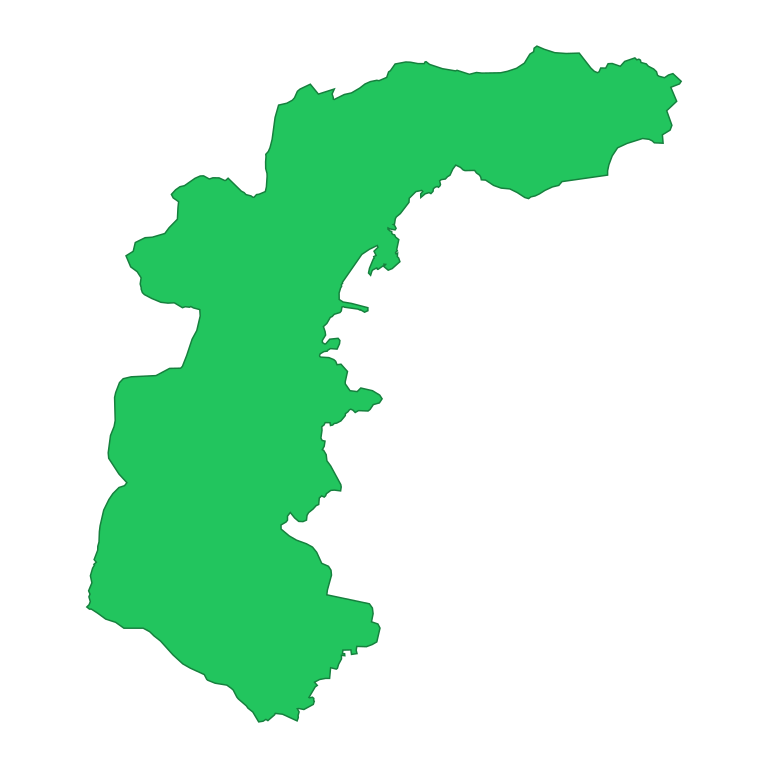 outline of Avramesti, Harghita, Romania
{"feature_id": "2599482B64108004805491", "entity_name": "Avramesti", "entity_type": "district", "adm_level": 2, "iso_a3": "ROU", "parent_name": "Romania", "parent_adm1": "Harghita", "projection": "albers", "projection_center": [25.039, 46.361], "detail": "fine", "context": "isolated", "style": "filled", "palette": "green", "viewbox_px": 768, "rotation_deg": 0, "n_neighbors": 0, "source": "geoboundaries", "source_scale": "gbopen_adm2", "svg_char_len": 6015}
<svg xmlns="http://www.w3.org/2000/svg" viewBox="0 0 768 768"><path d="M357.0,653.6L356.2,650.2L356.8,646.4L366.4,646.7L372.3,644.5L376.8,641.9L380.0,628.1L377.9,624.0L371.5,621.8L373.1,613.7L372.4,608.0L369.4,603.8L326.8,594.8L327.4,590.0L331.5,575.1L331.0,570.2L328.5,566.3L321.7,563.3L316.7,552.3L312.5,547.1L306.5,543.8L296.4,540.1L289.2,535.9L281.1,529.1L281.0,525.0L286.2,521.9L287.5,520.1L287.5,516.1L290.3,512.5L294.6,517.9L298.7,521.4L303.0,521.6L306.5,520.1L307.0,515.4L308.6,512.6L313.0,509.1L316.2,505.6L318.7,504.5L319.3,498.0L321.6,495.9L324.2,497.1L325.6,495.8L326.4,493.7L330.8,490.4L334.3,490.1L340.6,490.9L341.2,487.0L340.8,484.6L330.6,465.8L326.9,460.8L326.2,454.7L323.7,450.4L322.3,449.7L324.2,446.3L325.0,441.1L322.2,440.5L320.9,438.1L322.0,430.3L321.8,426.7L324.0,425.0L325.2,422.6L330.0,422.7L330.5,425.5L332.7,425.0L334.2,423.5L336.7,423.1L340.9,420.9L345.3,415.6L345.4,413.7L348.0,411.7L349.4,409.8L350.8,409.2L353.0,410.2L355.2,412.5L358.5,410.6L368.1,411.0L370.1,409.4L373.3,404.6L379.4,402.9L382.1,398.8L379.7,395.1L372.5,390.7L360.8,388.0L357.2,391.6L350.0,390.7L345.3,383.9L345.2,381.9L347.5,371.5L341.0,364.2L337.0,364.7L335.7,361.3L333.8,359.6L328.9,357.6L320.6,357.1L319.7,356.4L319.6,355.1L320.2,353.8L323.9,351.6L327.3,351.1L327.7,350.3L330.4,348.6L337.1,349.1L339.5,343.8L339.9,340.5L338.1,338.3L329.7,339.2L325.9,343.7L324.9,344.1L322.4,342.5L322.4,340.3L325.6,335.1L325.1,331.6L323.4,326.6L326.8,323.5L330.3,317.4L332.2,316.5L334.2,314.3L340.0,312.5L341.3,310.9L341.9,307.1L343.4,306.6L344.5,307.2L358.0,309.1L360.1,310.1L360.4,309.7L364.6,312.2L367.9,310.7L367.9,307.7L351.4,303.4L343.1,302.0L339.2,299.5L339.1,293.0L340.7,287.7L341.6,286.5L341.4,284.5L342.6,283.3L342.4,282.3L361.8,254.4L369.4,249.3L377.2,245.5L378.0,247.3L374.0,251.2L376.1,255.5L373.7,256.6L374.2,258.2L373.3,259.0L369.5,268.2L368.5,273.0L370.6,275.3L371.9,271.2L372.8,269.9L376.5,268.0L377.2,268.3L377.4,269.3L378.1,269.3L383.9,265.3L383.9,264.2L385.6,264.4L383.8,266.5L388.2,270.2L392.2,268.6L399.9,261.7L398.7,258.1L397.3,256.6L397.6,253.1L396.1,253.9L395.5,252.9L396.3,251.5L397.4,250.9L396.7,249.5L398.8,239.6L395.6,237.1L394.6,234.9L392.8,234.4L391.8,233.4L391.7,231.5L389.9,230.9L387.9,229.1L388.0,227.9L389.9,228.9L395.1,229.9L396.1,228.3L394.3,225.0L393.4,224.5L394.5,224.1L395.3,218.8L396.3,216.9L400.4,213.5L409.0,202.3L409.2,198.3L415.9,191.6L421.7,190.4L422.8,191.5L420.7,193.8L420.8,197.5L425.2,193.8L429.1,192.6L430.9,193.6L433.0,191.4L433.4,188.7L435.2,187.2L437.2,186.5L438.5,187.3L440.0,185.8L440.5,184.5L439.6,180.8L441.4,179.6L445.4,179.0L447.5,176.7L450.0,175.2L452.8,169.1L455.8,165.1L460.5,167.4L463.1,169.9L465.0,170.6L474.6,170.4L476.4,172.9L479.6,175.2L480.8,177.3L481.3,179.8L485.6,180.1L493.6,185.4L501.1,188.1L509.8,188.9L517.3,192.6L524.8,197.5L528.6,198.6L530.8,196.9L535.2,195.9L539.4,193.9L545.1,190.3L552.5,186.9L558.8,185.4L562.0,181.6L607.6,175.1L607.6,170.8L608.9,164.7L612.2,155.9L617.6,147.8L627.1,143.4L642.6,138.5L649.1,139.3L652.3,140.9L654.3,142.8L663.1,143.2L662.4,134.8L670.1,130.1L671.9,125.3L666.7,110.7L676.7,101.3L670.8,87.3L679.5,83.9L681.2,81.3L672.9,73.6L668.5,75.0L664.5,77.7L658.9,76.2L657.5,75.2L656.5,71.7L653.7,69.0L648.3,66.2L646.3,63.9L641.0,62.5L640.4,60.1L638.9,59.2L636.8,59.8L634.9,57.9L624.7,61.4L620.3,66.3L612.2,63.5L608.1,63.7L605.7,68.1L600.7,68.0L599.1,71.8L597.5,72.7L594.3,71.3L590.9,68.1L579.2,53.1L566.2,53.5L554.8,52.7L544.3,49.3L536.9,46.1L534.1,48.2L533.7,51.7L529.9,54.1L524.4,63.1L516.5,68.3L507.5,71.3L500.5,72.8L481.9,73.1L476.5,72.5L469.4,74.3L457.0,70.3L455.6,70.9L442.5,68.7L429.6,64.4L426.1,61.7L425.1,61.9L424.2,63.6L417.9,63.6L410.5,62.2L405.7,62.0L395.1,64.0L390.4,70.7L388.6,71.9L386.7,77.4L379.0,80.7L376.8,80.3L370.4,81.6L365.0,84.0L359.7,88.1L351.5,92.9L344.3,94.5L334.2,99.5L333.3,99.2L333.3,97.6L332.1,94.0L334.3,89.0L318.4,94.1L310.3,84.2L300.0,89.1L297.4,91.3L294.5,97.8L292.4,100.2L286.9,103.2L278.6,105.1L275.1,117.4L272.1,139.5L270.0,147.7L268.3,151.5L265.8,154.3L266.0,156.7L265.6,161.8L265.7,168.5L267.0,173.4L267.1,176.4L266.4,186.9L265.3,191.6L259.1,194.2L256.5,194.6L254.0,197.3L252.8,197.2L251.0,195.9L246.0,194.6L244.1,192.6L241.3,191.1L228.1,178.2L225.7,180.4L224.7,180.5L219.1,177.9L212.9,177.8L209.3,179.0L203.7,175.9L202.1,175.9L200.2,176.0L195.0,178.3L184.4,185.7L180.0,186.7L178.3,187.9L175.6,189.8L171.4,194.4L173.2,197.9L178.6,201.7L178.0,207.4L177.4,219.2L169.1,227.7L164.8,233.5L152.3,237.2L145.1,237.7L135.3,242.5L133.2,251.3L126.0,255.8L130.7,266.9L137.2,271.7L141.1,277.8L140.2,284.0L141.3,288.1L141.1,288.9L142.4,292.6L144.4,294.6L151.8,298.5L160.9,302.3L167.9,303.1L174.3,302.8L182.5,307.7L185.2,306.7L189.6,307.2L190.8,306.5L193.4,307.9L199.8,309.6L200.2,316.0L196.8,330.5L192.1,339.2L186.7,355.5L182.4,366.4L180.6,368.2L169.6,368.4L156.0,375.6L131.2,376.8L123.2,378.7L119.5,382.6L115.7,392.5L114.6,397.5L115.2,420.6L114.1,426.5L110.5,435.5L108.2,452.8L108.7,458.3L119.0,474.1L126.9,482.7L124.5,485.7L119.0,487.5L112.9,493.6L108.9,499.5L103.7,510.1L100.1,525.8L99.4,531.5L99.0,542.0L97.8,546.3L97.7,550.2L94.1,559.6L96.3,562.2L93.9,564.3L94.5,565.0L92.6,568.2L90.4,575.8L91.9,582.8L88.6,590.8L90.0,594.1L88.9,596.8L90.3,601.6L89.1,604.7L86.8,607.0L89.4,609.1L91.3,609.1L97.4,613.0L105.7,619.1L115.6,622.3L123.9,628.2L143.2,628.2L149.7,631.7L154.1,636.0L160.5,641.0L173.0,654.9L182.8,663.9L190.4,668.2L204.3,674.6L206.7,679.3L207.7,680.2L215.1,683.2L226.8,685.1L231.0,688.1L233.2,690.0L236.9,697.2L238.4,699.0L246.4,705.9L247.9,708.1L252.8,712.0L258.7,721.9L263.1,721.2L265.9,719.4L267.9,720.6L274.6,714.8L275.3,713.4L282.5,714.2L297.1,720.9L298.3,717.6L298.1,715.4L299.1,711.9L297.3,708.7L298.7,708.5L303.9,709.5L313.3,704.4L314.3,701.2L313.7,700.7L313.8,698.4L312.4,697.2L309.7,697.8L308.9,697.5L315.2,686.9L317.3,685.4L314.5,682.2L319.6,679.5L325.5,678.4L329.6,678.4L330.6,667.7L336.3,669.1L337.4,668.3L338.6,664.3L341.5,658.9L341.4,655.3L344.8,655.7L344.6,653.7L342.5,653.6L342.9,650.1L350.9,649.9L351.5,654.4L357.0,653.6Z" fill="#22c55e" stroke="#15803d" stroke-width="1.5"/></svg>